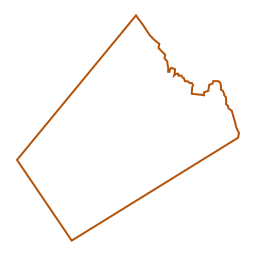 Ngeruliang, Melekeok, Palau
{"feature_id": "81905179B10053567804267", "entity_name": "Ngeruliang", "entity_type": "district", "adm_level": 2, "iso_a3": "PLW", "parent_name": "Palau", "parent_adm1": "Melekeok", "projection": "equal_earth", "projection_center": [134.631, 7.506], "detail": "fine", "context": "isolated", "style": "outline", "palette": "amber", "viewbox_px": 256, "rotation_deg": 0, "n_neighbors": 0, "source": "geoboundaries", "source_scale": "gbopen_adm2", "svg_char_len": 863}
<svg xmlns="http://www.w3.org/2000/svg" viewBox="0 0 256 256"><path d="M17.0,159.9L71.7,240.6L238.1,137.7L239.0,133.1L236.2,127.3L234.9,121.6L232.8,114.4L231.7,110.6L228.5,108.5L228.0,106.0L226.0,104.0L226.2,102.5L226.0,97.3L224.3,95.4L224.1,93.9L223.0,91.0L220.8,89.5L221.0,86.7L220.4,82.8L218.2,81.1L213.3,81.1L212.6,83.6L209.2,84.8L208.3,90.9L204.2,92.2L203.9,95.3L201.6,94.8L196.4,94.3L191.8,93.8L191.8,92.2L192.2,87.7L193.0,85.0L191.8,83.0L189.7,83.1L187.8,81.3L184.9,81.2L183.9,78.1L182.6,77.6L181.5,75.6L180.3,75.6L178.5,75.7L178.3,73.8L176.0,73.8L174.2,75.4L174.8,73.0L175.0,69.2L173.9,68.8L171.5,67.8L170.0,69.2L169.4,71.9L168.1,71.7L168.3,68.0L167.5,64.5L167.3,61.4L164.5,58.4L165.2,54.8L158.5,48.0L159.3,43.7L158.0,42.9L154.5,40.1L149.8,35.3L146.2,29.9L142.1,23.7L138.4,18.8L136.0,15.4L17.0,159.9Z" fill="none" stroke="#b45309" stroke-width="2"/></svg>